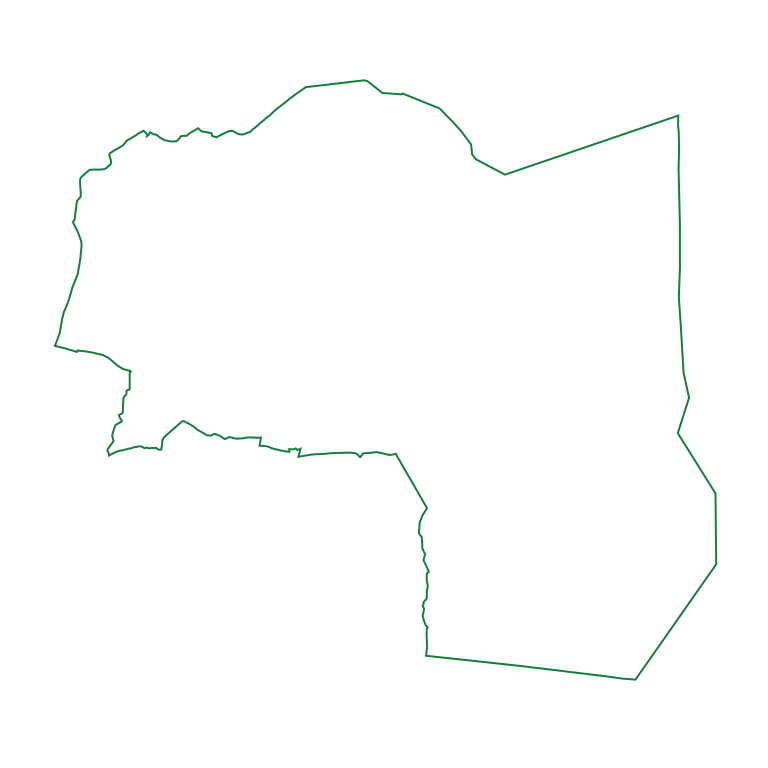 the district of San Jorge, Zacapa, Guatemala, rotated 268°
{"feature_id": "79465075B24520983200883", "entity_name": "San Jorge", "entity_type": "district", "adm_level": 2, "iso_a3": "GTM", "parent_name": "Guatemala", "parent_adm1": "Zacapa", "projection": "natural_earth1", "projection_center": [-89.603, 14.916], "detail": "fine", "context": "isolated", "style": "outline", "palette": "green", "viewbox_px": 768, "rotation_deg": 268, "n_neighbors": 0, "source": "geoboundaries", "source_scale": "gbopen_adm2", "svg_char_len": 4953}
<svg xmlns="http://www.w3.org/2000/svg" viewBox="0 0 768 768"><g transform="rotate(268 384 384)"><path d="M642.0,687.5L589.0,512.2L605.5,483.5L610.4,480.1L620.3,479.4L633.7,470.2L643.2,462.2L657.5,449.1L673.6,412.8L672.9,411.4L674.9,392.6L687.3,378.0L688.2,374.7L683.4,316.2L673.8,301.6L667.0,292.5L661.5,284.9L658.2,281.2L656.3,279.1L654.3,276.0L652.5,273.9L651.0,272.0L649.0,269.1L646.8,266.8L643.0,261.7L640.3,258.7L640.2,257.0L639.5,255.5L638.9,253.8L638.3,251.6L638.4,249.7L638.8,247.5L639.5,245.9L640.8,243.9L642.2,241.5L642.2,238.2L639.5,231.5L636.4,225.1L637.9,220.9L640.8,220.2L641.5,216.8L642.9,210.3L646.1,207.1L643.7,202.9L641.5,198.7L638.8,195.1L639.1,192.3L638.6,189.4L636.9,188.2L635.4,186.9L633.8,185.0L633.8,179.8L635.2,173.6L637.1,170.2L638.5,168.2L640.3,166.4L641.2,164.6L641.7,162.0L643.7,159.3L643.3,158.6L642.1,158.0L641.2,157.3L640.2,156.0L640.8,156.2L641.8,155.7L642.9,155.2L643.4,154.7L644.5,153.6L645.5,152.0L644.9,151.2L644.1,149.8L642.6,146.7L641.1,144.5L640.1,142.7L637.9,138.8L636.5,135.8L635.2,134.8L633.4,133.0L631.7,131.6L630.0,128.6L626.0,121.1L624.2,118.2L622.9,117.5L620.9,117.8L618.8,118.4L616.6,118.9L614.4,119.0L612.9,118.2L609.3,113.8L608.5,111.9L608.3,109.9L608.2,106.2L608.4,102.5L608.4,97.7L607.7,96.4L604.8,92.8L601.0,88.4L598.9,87.4L594.0,87.3L585.9,87.6L582.8,87.5L581.7,87.3L580.9,86.7L578.0,83.8L573.9,82.8L570.5,82.4L567.7,81.9L563.6,81.2L562.1,81.0L560.9,80.9L560.0,80.7L559.4,80.5L558.7,80.2L558.1,79.9L557.6,79.5L556.5,78.7L546.6,83.4L538.5,86.0L535.8,86.5L532.6,86.6L526.9,85.8L519.9,84.9L512.8,83.5L504.2,81.6L491.2,75.9L484.8,73.9L475.8,70.7L466.9,66.5L459.7,64.5L446.5,61.8L433.5,56.5L430.8,66.4L426.8,78.1L428.1,78.8L427.3,85.2L425.7,93.3L422.8,104.0L420.1,109.0L417.9,111.6L414.8,115.0L411.3,118.8L410.0,121.0L408.1,123.7L405.8,131.2L405.2,131.4L405.0,131.0L404.8,130.7L404.6,130.4L404.3,130.3L403.4,130.2L401.9,130.2L398.0,130.0L394.3,129.9L391.7,129.8L390.2,129.7L388.8,129.7L387.5,129.6L387.2,129.3L387.1,128.9L387.1,128.1L387.0,127.2L386.8,126.9L386.4,126.6L384.7,126.4L382.7,126.1L382.3,125.9L381.2,124.6L380.5,123.9L379.5,123.4L378.0,122.9L374.9,122.8L369.6,122.3L366.8,122.1L365.7,122.0L364.7,121.9L364.1,121.6L363.7,121.2L363.3,120.2L362.6,118.6L362.2,118.0L361.9,117.8L358.5,119.4L357.2,120.2L356.7,120.5L356.1,120.7L355.6,120.6L353.5,116.3L352.5,114.4L351.9,114.0L348.8,112.8L346.7,112.0L343.8,111.0L342.8,110.7L342.1,110.6L341.0,110.7L340.2,110.9L339.3,111.1L337.9,111.4L336.9,111.6L336.4,111.6L336.2,111.5L335.9,111.3L332.7,108.9L330.3,107.0L329.2,106.2L328.1,105.3L327.6,105.2L326.7,105.5L324.8,106.3L323.1,106.6L322.1,106.7L323.7,110.0L325.7,114.3L326.3,116.4L326.7,118.6L327.0,121.2L327.6,123.6L328.3,126.6L328.4,128.7L329.6,132.1L329.8,134.9L330.3,137.3L330.0,139.3L329.1,141.2L328.4,142.0L328.3,143.0L328.5,144.0L328.9,144.9L328.1,146.1L327.9,146.5L327.9,147.6L328.3,149.4L328.0,152.1L328.1,154.0L327.0,155.0L326.3,156.5L326.1,157.8L326.3,159.0L330.0,159.9L335.8,160.6L337.3,161.7L338.5,162.5L341.9,166.4L348.3,174.3L353.5,180.6L354.0,182.2L353.4,183.6L352.3,185.5L350.6,188.6L347.8,192.6L344.9,195.8L340.3,203.2L338.8,205.7L338.5,208.8L340.1,213.0L339.4,214.7L338.3,217.7L335.2,222.0L334.5,222.9L335.1,224.5L336.4,227.5L334.5,234.4L334.6,241.0L335.1,243.7L335.3,246.1L335.3,247.8L335.2,249.4L335.1,252.0L334.7,255.0L334.8,259.1L326.6,257.6L326.5,259.9L326.1,262.7L325.9,264.3L325.5,265.6L324.8,267.5L324.0,269.0L323.4,270.5L322.5,273.5L322.2,275.0L321.8,276.2L321.4,277.2L320.6,281.3L320.2,282.6L320.0,284.1L319.6,287.0L322.2,287.0L321.9,289.7L321.9,291.5L322.7,293.3L322.2,294.2L321.1,294.9L321.2,295.7L321.7,296.9L322.2,298.3L314.2,296.0L314.8,299.6L315.5,305.3L316.0,309.1L316.2,313.8L316.1,318.5L316.8,331.6L316.7,336.0L316.7,336.8L316.7,337.4L316.7,338.2L316.6,339.0L316.7,340.2L316.8,342.1L316.6,344.1L316.6,346.3L316.6,347.9L316.5,349.0L316.2,350.6L315.7,353.0L315.3,354.0L314.8,354.7L314.2,355.3L313.4,355.9L312.7,356.5L311.7,357.7L312.8,358.6L313.4,359.4L314.2,359.7L315.0,360.1L315.4,360.9L315.5,361.9L315.5,364.7L315.6,366.6L315.6,368.1L315.8,370.1L316.1,372.1L316.2,373.6L316.1,374.4L315.5,377.5L315.2,378.1L315.1,378.7L314.9,379.9L314.7,380.3L314.4,381.4L313.2,385.7L312.9,387.5L313.1,389.8L313.5,391.6L313.8,393.4L313.3,393.5L258.4,422.7L251.3,417.8L244.1,414.8L233.7,413.7L229.5,416.4L224.8,416.6L218.4,416.6L212.4,419.1L206.5,417.3L203.0,418.9L194.9,422.2L193.0,420.1L187.3,419.9L180.3,420.7L175.8,419.6L171.2,419.4L168.2,419.2L164.3,415.8L162.6,415.9L161.0,414.8L158.2,416.2L155.1,415.7L153.5,415.2L150.8,414.5L145.6,415.8L141.3,417.3L140.3,418.5L139.1,419.1L138.3,418.3L131.8,417.8L120.1,417.9L110.9,416.6L97.7,508.7L90.9,552.5L89.6,560.6L83.7,598.1L81.3,611.7L79.8,625.0L192.2,709.7L263.0,711.5L282.1,700.5L324.6,675.9L359.6,688.4L384.8,683.8L433.3,682.6L460.8,681.7L489.6,683.8L534.5,685.3L588.7,685.9L607.0,687.0L620.4,687.3L624.0,687.3L626.7,687.3L631.5,686.9L636.3,687.2L639.1,687.2L642.0,687.5Z" fill="none" stroke="#15803d" stroke-width="2"/></g></svg>